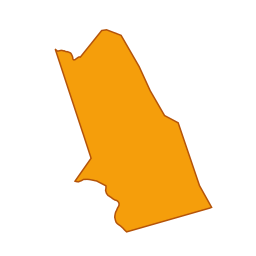 Sand De Feu, Castries, Saint Lucia (Equal Earth projection), rotated 347°
{"feature_id": "8701671B2564147185651", "entity_name": "Sand De Feu", "entity_type": "district", "adm_level": 2, "iso_a3": "LCA", "parent_name": "Saint Lucia", "parent_adm1": "Castries", "projection": "equal_earth", "projection_center": [-60.985, 13.929], "detail": "fine", "context": "isolated", "style": "filled", "palette": "amber", "viewbox_px": 256, "rotation_deg": 347, "n_neighbors": 0, "source": "geoboundaries", "source_scale": "gbopen_adm2", "svg_char_len": 2618}
<svg xmlns="http://www.w3.org/2000/svg" viewBox="0 0 256 256"><g transform="rotate(347 128 128)"><path d="M85.2,149.2L64.5,167.8L64.4,167.9L64.7,168.1L65.1,168.3L65.3,168.4L65.8,168.7L66.0,168.7L66.9,169.1L67.5,169.3L67.8,169.3L68.3,169.2L68.8,169.1L69.3,169.0L69.5,169.0L70.0,168.9L70.5,168.9L70.8,168.8L71.8,168.5L72.4,168.3L72.7,168.2L73.1,168.1L73.4,168.2L74.1,168.3L75.1,168.5L75.6,168.6L76.9,168.9L77.3,169.0L77.6,169.1L78.1,169.3L78.8,169.5L79.4,169.8L79.7,169.9L81.5,170.7L83.0,171.4L84.4,172.1L85.1,172.3L85.3,172.4L85.5,172.6L85.9,172.9L86.3,173.2L86.6,173.5L87.8,174.5L89.2,175.7L91.2,177.4L92.1,178.2L93.2,179.1L93.4,179.3L93.5,179.5L93.3,180.3L93.2,180.8L92.9,181.9L92.7,182.4L92.6,182.5L92.3,183.4L92.1,183.9L92.2,184.9L92.2,185.4L92.3,186.7L92.8,188.0L92.9,188.3L93.1,188.6L93.3,189.1L93.4,189.3L93.5,189.4L94.2,190.0L94.5,190.3L94.7,190.6L95.2,191.1L96.0,191.9L96.4,192.4L96.5,192.6L97.2,193.4L97.4,193.7L97.7,193.9L98.3,194.5L99.0,195.2L99.6,195.5L100.5,196.0L100.8,196.3L101.1,196.5L101.3,196.8L102.0,198.0L102.2,198.7L102.2,199.2L102.3,199.8L102.2,200.1L101.9,201.0L101.8,201.3L101.6,201.6L101.2,202.1L101.0,202.4L100.8,202.6L100.5,202.9L99.9,203.5L99.1,204.6L98.6,205.3L98.5,205.5L97.9,206.2L97.1,207.1L96.5,208.2L96.2,208.9L96.0,209.3L95.5,210.5L95.2,211.4L95.0,212.0L95.0,213.3L95.0,213.5L95.0,215.0L95.2,217.1L95.3,217.3L95.6,218.0L96.0,218.6L96.2,219.0L97.1,220.0L97.5,220.5L98.1,221.1L98.3,221.3L98.7,221.8L98.8,221.9L99.2,222.5L100.6,224.5L101.6,226.4L102.6,227.9L102.9,228.3L103.3,228.9L141.9,226.9L189.9,224.4L191.6,224.1L184.7,200.3L178.1,134.9L178.1,134.3L166.4,124.1L158.0,96.7L154.0,77.2L152.6,70.4L152.5,70.2L142.1,36.2L138.3,33.6L129.2,27.5L124.3,27.1L97.5,48.2L96.9,47.9L96.5,47.8L96.1,47.8L95.9,47.8L95.7,47.9L95.3,48.0L95.0,48.1L94.6,48.3L94.3,48.4L94.1,48.5L93.8,48.6L93.3,48.8L93.0,48.9L92.6,49.1L92.4,49.2L92.1,49.4L91.6,49.5L91.3,49.5L91.0,49.5L90.8,49.5L90.5,49.4L90.2,49.2L89.9,48.5L89.8,48.0L89.9,47.6L90.0,47.2L90.0,46.8L90.0,46.1L89.9,45.7L89.9,45.4L89.8,45.0L89.7,44.5L89.6,44.0L89.5,43.6L89.4,43.2L89.2,42.6L89.0,42.3L88.9,42.0L88.5,41.7L88.2,41.4L87.9,41.2L87.6,41.0L87.3,40.8L86.9,40.5L86.6,40.3L86.3,40.2L86.1,40.0L85.6,39.9L85.3,39.8L85.0,39.7L84.7,39.6L84.3,39.3L84.0,39.1L83.7,38.9L83.5,38.7L83.3,38.5L83.1,38.4L82.7,38.4L82.4,38.3L82.2,38.1L81.8,37.9L81.5,37.8L81.2,37.6L80.8,37.5L80.4,37.3L80.0,37.3L79.5,37.3L78.3,37.3L78.0,37.3L77.5,37.3L77.3,37.3L77.0,37.3L76.6,37.2L76.0,36.4L75.0,35.2L74.9,35.3L78.7,77.3L82.8,122.0L82.8,122.3L82.9,122.8L83.7,131.7L85.1,147.4L85.1,147.8L85.1,148.1L85.2,149.2Z" fill="#f59e0b" stroke="#b45309" stroke-width="1.5"/></g></svg>